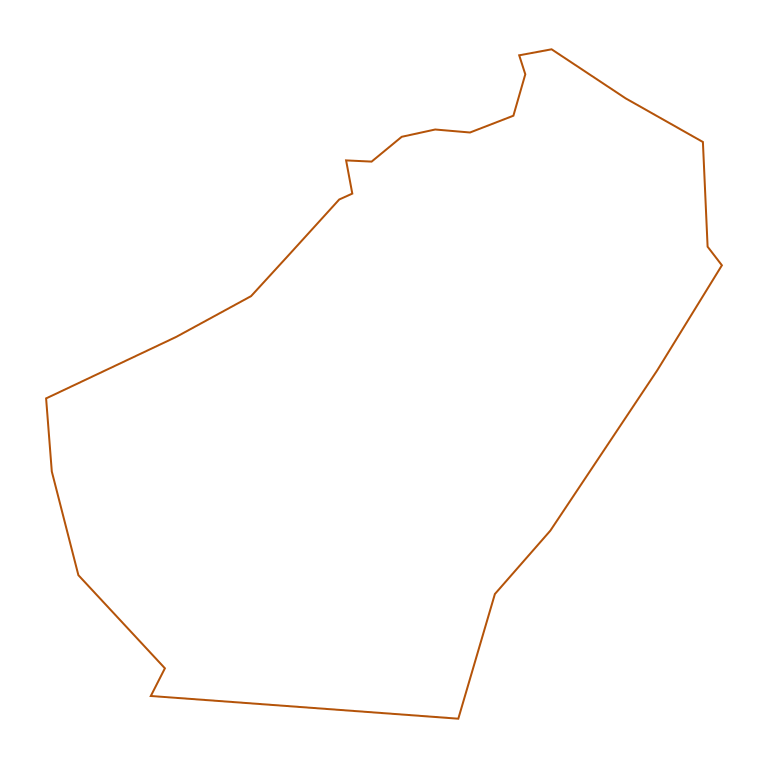 Adair, Kentucky, United States of America
{"feature_id": "52423323B87676226812145", "entity_name": "Adair", "entity_type": "district", "adm_level": 2, "iso_a3": "USA", "parent_name": "United States of America", "parent_adm1": "Kentucky", "projection": "natural_earth1", "projection_center": [-85.268, 37.118], "detail": "fine", "context": "isolated", "style": "outline", "palette": "amber", "viewbox_px": 768, "rotation_deg": 0, "n_neighbors": 0, "source": "geoboundaries", "source_scale": "gbopen_adm2", "svg_char_len": 456}
<svg xmlns="http://www.w3.org/2000/svg" viewBox="0 0 768 768"><path d="M458.3,718.7L494.9,594.0L550.3,530.7L657.2,370.4L721.9,265.3L707.6,246.7L702.9,142.0L625.7,98.4L551.6,49.3L519.2,55.3L525.3,74.3L513.4,115.7L470.0,132.5L435.2,129.5L401.7,136.8L371.6,161.6L346.1,160.4L352.3,193.6L339.2,199.5L289.5,254.2L251.1,296.1L176.2,336.9L46.1,398.4L51.8,471.5L78.4,575.2L164.9,668.3L150.8,696.0L458.3,718.7Z" fill="none" stroke="#b45309" stroke-width="2"/></svg>